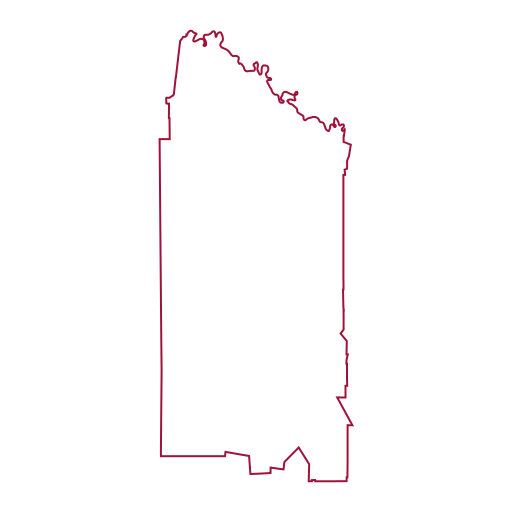 the district of Reynosa, Tamaulipas, Mexico
{"feature_id": "50627088B72181114245692", "entity_name": "Reynosa", "entity_type": "district", "adm_level": 2, "iso_a3": "MEX", "parent_name": "Mexico", "parent_adm1": "Tamaulipas", "projection": "equal_earth", "projection_center": [-98.326, 25.837], "detail": "fine", "context": "isolated", "style": "outline", "palette": "rose", "viewbox_px": 512, "rotation_deg": 0, "n_neighbors": 0, "source": "geoboundaries", "source_scale": "gbopen_adm2", "svg_char_len": 5809}
<svg xmlns="http://www.w3.org/2000/svg" viewBox="0 0 512 512"><path d="M161.2,331.1L161.6,370.8L160.9,452.8L161.0,456.2L225.0,456.2L225.5,451.9L249.1,456.0L249.9,467.2L250.4,474.0L262.4,473.5L270.5,473.0L270.6,467.6L283.5,469.4L284.4,462.0L298.7,447.5L309.2,464.2L308.7,481.3L311.9,481.2L311.8,480.1L315.2,480.0L315.3,481.3L346.6,481.2L346.6,477.4L347.4,477.4L347.6,461.4L347.6,425.2L352.4,425.3L337.2,397.4L345.5,397.5L345.5,385.8L347.2,385.8L347.0,378.4L347.0,363.6L346.4,363.6L346.5,360.1L347.8,354.4L346.5,354.4L346.8,341.1L340.6,333.5L343.6,329.6L343.6,314.5L343.5,310.4L343.8,310.4L343.4,307.2L343.0,289.6L343.5,289.5L343.5,284.4L343.5,284.0L343.4,279.2L343.4,175.0L343.4,174.9L345.1,174.9L344.6,169.7L344.9,169.6L347.1,168.6L347.1,167.9L347.1,161.1L347.8,158.7L348.2,157.7L348.7,156.9L349.0,156.0L350.8,144.7L343.6,141.9L343.6,136.1L343.9,136.1L344.8,129.5L344.7,129.2L343.4,130.7L342.8,130.9L342.5,130.8L342.1,130.5L341.9,130.3L341.8,129.6L341.9,129.0L342.0,128.7L342.5,128.1L343.3,127.3L343.7,126.6L343.8,126.3L343.9,125.7L343.7,124.9L343.5,124.7L343.0,124.4L342.3,124.4L341.2,124.8L340.5,125.4L339.9,125.4L339.4,125.2L339.2,125.0L338.9,124.4L338.4,122.2L337.5,120.3L337.0,119.5L335.9,118.3L335.7,118.2L335.2,118.3L334.8,118.5L334.6,118.8L334.3,119.5L334.2,120.3L334.1,122.4L333.9,123.5L334.0,123.8L334.4,124.4L335.3,125.0L335.6,125.2L335.7,125.9L335.7,126.2L335.6,126.6L335.1,127.0L334.5,127.0L334.2,126.7L333.4,125.5L332.9,124.9L332.6,124.7L331.9,124.4L331.4,124.4L331.2,124.5L330.4,125.3L330.2,125.9L330.0,128.1L329.2,130.2L328.9,130.9L328.3,131.0L327.6,130.7L326.7,130.1L326.2,129.6L325.6,128.5L324.3,124.7L323.8,123.7L323.6,123.3L323.3,123.0L322.6,122.5L320.6,122.1L320.0,121.7L319.4,120.9L319.1,120.0L318.5,119.0L317.8,118.2L316.9,117.6L315.8,117.2L314.7,117.0L313.5,117.0L312.5,117.1L310.3,117.8L308.2,118.3L307.2,118.8L306.0,119.8L305.8,120.0L304.9,120.2L304.6,120.2L304.3,120.0L303.8,119.3L303.5,118.5L303.5,116.6L303.3,116.1L302.7,115.5L298.4,113.0L297.7,112.3L297.3,111.6L297.3,110.1L297.1,109.4L296.9,109.0L296.5,108.3L296.1,107.8L294.1,106.2L292.7,104.7L292.2,104.5L289.9,103.7L289.3,103.4L288.8,102.9L288.3,102.1L287.7,101.5L287.4,101.1L287.4,100.8L287.5,100.5L288.0,100.1L290.1,99.4L291.4,99.5L293.2,100.2L293.8,100.3L294.8,100.4L295.2,100.1L295.4,99.8L295.3,99.6L294.7,98.2L294.5,97.0L294.6,96.2L294.8,95.6L295.4,94.9L296.7,94.6L297.1,94.3L297.2,94.1L297.4,93.4L297.4,92.8L297.3,92.3L297.0,91.9L296.3,91.9L295.8,92.1L295.4,92.7L294.9,93.9L294.6,94.3L294.1,94.6L293.5,94.8L293.1,94.8L292.3,94.6L289.4,93.4L286.3,91.9L285.6,91.9L285.0,91.9L284.4,92.0L283.9,92.3L283.3,92.7L282.6,93.7L282.5,94.1L282.4,95.2L282.2,95.6L281.1,97.3L281.0,97.7L281.0,98.2L281.1,99.1L281.4,99.7L281.6,100.1L282.0,100.3L282.4,100.5L283.1,100.5L283.5,100.8L283.7,101.4L283.5,102.0L283.1,102.6L282.6,102.8L281.0,102.7L280.2,102.3L279.7,101.7L279.3,100.8L279.0,99.0L278.6,97.3L278.6,96.6L278.3,95.9L277.8,95.3L277.1,94.8L276.8,94.7L275.6,94.7L274.7,94.5L273.4,93.4L273.1,93.1L272.4,92.0L271.8,90.9L271.5,89.6L271.4,89.3L269.8,87.0L267.2,81.9L267.1,81.4L267.2,80.9L267.3,80.5L267.7,80.2L268.1,80.0L268.5,80.0L270.0,80.1L270.6,80.0L271.0,79.7L271.1,79.2L271.1,78.9L270.8,78.4L270.2,78.1L269.3,77.9L268.3,77.9L267.8,77.7L267.3,77.4L266.8,76.8L266.2,75.5L265.9,74.4L265.9,74.0L266.0,73.6L266.2,73.2L267.0,72.5L267.5,71.7L268.0,70.7L268.3,69.7L268.3,68.6L268.2,67.9L268.0,67.2L267.5,66.3L267.2,66.0L266.6,65.7L265.3,65.5L263.7,65.4L262.9,65.8L262.6,66.1L262.0,67.2L261.8,68.2L261.6,69.0L261.6,70.2L261.6,73.1L261.3,73.8L261.1,74.1L260.5,74.5L260.1,74.5L259.8,74.5L259.6,74.3L258.7,72.7L257.5,70.1L257.3,68.9L257.4,68.2L257.9,65.6L257.9,64.4L257.7,63.9L257.2,62.6L257.1,62.3L256.8,62.2L256.3,62.3L255.8,62.6L254.9,63.5L254.0,63.9L253.6,64.5L253.6,65.4L254.6,67.0L254.8,67.7L254.9,68.2L254.8,69.5L254.7,69.9L254.5,70.2L254.0,70.7L253.1,70.9L250.3,70.9L249.1,71.1L246.9,71.3L246.2,71.2L245.4,70.7L244.9,70.3L244.6,69.7L243.5,66.7L243.1,66.1L242.4,65.1L241.6,64.2L240.4,63.4L240.1,63.4L239.4,63.8L239.1,63.7L238.8,63.0L238.5,62.5L238.3,62.0L238.2,61.1L238.4,60.1L238.8,58.8L238.8,58.0L238.6,57.3L238.3,57.0L237.5,56.4L236.5,56.0L235.0,55.9L234.0,56.1L233.4,56.1L233.0,56.0L232.1,55.5L231.2,54.7L229.6,52.4L228.7,51.3L228.1,50.7L226.0,49.3L221.6,47.4L221.3,47.0L220.6,46.1L220.3,45.3L220.3,45.0L220.5,43.7L221.4,42.3L222.3,41.3L222.6,40.8L222.7,40.5L222.9,39.5L222.8,37.8L222.5,36.0L222.1,34.9L221.2,33.0L220.9,32.6L220.5,32.4L220.0,32.3L219.4,32.4L218.5,32.8L218.0,33.2L217.5,33.8L217.0,34.4L216.7,35.0L216.6,35.6L216.5,36.4L216.3,36.7L216.0,36.8L215.8,36.7L215.5,36.1L215.5,34.5L215.2,33.2L215.0,32.7L214.6,31.9L214.3,31.6L213.9,31.4L213.4,31.3L212.7,31.5L212.2,31.9L210.9,33.3L209.6,34.2L208.6,34.6L207.4,34.8L205.2,34.8L204.7,34.9L204.3,35.2L204.0,35.7L203.8,36.3L203.7,36.9L203.8,37.7L203.9,38.2L204.9,39.6L205.6,41.0L205.8,41.8L206.1,43.1L206.1,44.2L206.1,44.9L205.7,45.4L205.1,45.9L204.8,46.0L204.5,46.0L203.7,45.7L203.6,45.4L203.5,45.1L203.6,44.8L204.1,44.1L204.5,43.2L204.5,42.4L204.3,41.3L204.0,40.4L203.4,39.4L202.9,39.2L201.3,38.8L200.4,38.9L199.2,39.3L197.3,40.4L195.2,41.4L194.4,41.5L193.6,41.3L193.3,40.7L193.3,40.2L193.5,39.2L195.1,35.6L195.3,35.3L195.6,35.1L196.1,34.5L196.3,34.2L196.4,33.7L196.2,33.5L194.2,32.9L193.1,32.1L192.4,31.3L192.0,31.0L190.9,30.7L190.0,31.0L189.6,31.1L188.5,32.1L187.9,32.6L187.7,33.0L187.5,33.7L187.4,34.4L187.2,34.6L186.9,34.7L186.5,34.6L186.6,35.7L186.2,35.8L185.6,36.7L185.3,36.8L183.2,36.9L180.1,41.1L180.1,41.9L179.5,46.4L175.9,77.2L175.7,77.3L175.0,83.8L173.9,94.1L173.5,94.5L173.5,95.0L173.3,95.4L171.9,96.1L171.3,96.6L170.6,96.8L169.8,97.7L168.5,97.8L166.6,97.7L166.3,97.9L166.1,98.3L166.2,99.3L166.3,101.0L166.3,103.0L166.4,103.3L166.7,103.6L169.0,103.6L168.9,118.1L169.5,118.1L169.7,139.1L159.6,139.1L161.2,331.1Z" fill="none" stroke="#9f1239" stroke-width="2"/></svg>